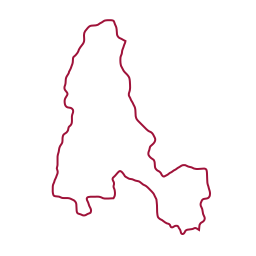 outline of Cevicos, Sánchez Ramírez, Dominican Republic, rotated 177°
{"feature_id": "3306468B8786854663218", "entity_name": "Cevicos", "entity_type": "district", "adm_level": 2, "iso_a3": "DOM", "parent_name": "Dominican Republic", "parent_adm1": "Sánchez Ramírez", "projection": "natural_earth1", "projection_center": [-70.001, 19.019], "detail": "fine", "context": "isolated", "style": "outline", "palette": "rose", "viewbox_px": 256, "rotation_deg": 177, "n_neighbors": 0, "source": "geoboundaries", "source_scale": "gbopen_adm2", "svg_char_len": 5750}
<svg xmlns="http://www.w3.org/2000/svg" viewBox="0 0 256 256"><g transform="rotate(177 128 128)"><path d="M82.6,25.8L81.8,24.5L81.3,23.6L81.0,22.7L80.6,20.8L80.3,20.0L80.0,19.7L79.6,19.4L79.2,19.3L78.8,19.3L78.4,19.4L77.7,19.8L76.9,20.8L76.1,22.2L75.8,22.5L75.0,23.0L74.1,23.3L69.4,23.7L68.4,23.9L66.9,24.5L66.1,24.6L65.7,24.5L64.9,24.2L62.4,22.5L61.8,26.6L61.5,27.7L61.2,28.1L60.7,28.9L60.0,29.5L58.0,30.6L57.3,31.2L56.7,31.9L56.5,32.3L56.2,33.2L56.1,33.7L56.2,34.8L57.4,37.9L57.6,39.0L58.0,42.3L58.2,43.4L59.4,46.5L59.5,47.6L59.5,48.1L59.3,49.1L58.9,50.0L58.1,51.6L57.6,52.3L57.2,52.6L56.8,52.9L55.9,53.2L52.9,53.5L51.9,53.8L51.1,54.3L50.5,55.0L50.0,55.8L49.7,56.9L49.5,58.6L49.6,59.8L49.8,61.0L50.4,63.4L50.8,65.5L51.3,67.3L51.5,68.4L51.6,69.6L51.6,72.6L51.5,79.1L51.6,80.8L51.8,81.8L52.0,82.3L52.3,82.7L52.6,83.0L53.0,83.2L54.0,83.5L54.9,83.5L60.2,83.4L61.8,83.5L62.8,83.7L64.3,84.1L65.9,85.0L66.7,85.4L69.1,86.1L70.0,86.4L72.4,87.7L72.9,87.9L73.8,88.0L75.3,88.0L76.2,87.7L76.7,87.5L78.6,86.4L80.4,85.5L82.7,84.0L84.5,83.2L86.8,81.7L88.6,80.9L90.9,79.3L93.7,78.0L94.4,77.7L94.9,77.7L95.2,77.8L95.6,78.0L96.2,78.6L96.7,79.3L97.7,81.5L98.6,82.5L99.3,83.1L100.5,83.8L101.3,84.4L101.9,85.1L102.5,85.9L102.9,86.8L103.1,87.9L103.2,92.3L103.4,93.3L103.7,94.2L103.9,94.6L104.2,95.0L106.4,96.7L107.5,97.8L108.1,98.6L108.7,99.6L108.9,100.1L109.0,100.6L109.0,101.7L108.8,102.7L107.9,104.9L107.2,107.3L106.9,108.1L106.3,108.8L104.9,109.9L103.7,110.9L103.0,111.6L102.3,112.5L101.8,113.4L101.5,114.4L101.4,115.5L101.5,116.0L101.8,117.0L103.2,120.1L103.5,120.6L104.0,121.4L104.7,122.1L105.4,122.7L107.1,123.6L108.0,124.2L109.6,125.7L117.4,134.4L118.4,135.7L119.0,136.7L119.2,137.2L119.5,138.4L119.7,139.5L119.7,145.5L119.8,146.7L120.0,147.9L120.3,148.9L121.3,151.1L122.1,153.1L123.5,155.7L124.2,157.7L125.0,159.4L125.4,160.3L125.4,160.9L125.4,161.9L125.3,162.4L125.0,163.3L124.5,164.6L124.2,165.6L124.0,166.7L123.8,167.9L123.7,170.9L123.7,174.5L123.8,176.2L124.1,178.0L124.5,179.0L125.1,180.0L126.1,181.4L128.4,184.0L129.4,185.4L131.5,190.0L131.7,190.5L131.9,191.6L132.1,193.3L132.1,195.5L132.0,197.2L131.8,198.9L131.5,199.9L130.5,202.1L130.2,203.1L129.8,205.3L129.5,206.3L128.3,209.0L127.6,210.9L126.5,213.2L126.2,214.1L126.0,215.0L127.8,216.0L129.8,217.3L131.9,218.4L132.6,219.0L133.2,219.8L133.7,220.7L133.9,221.2L134.1,222.4L134.1,223.5L134.2,227.1L134.4,228.9L134.7,230.0L135.6,232.3L136.2,234.4L136.6,235.4L136.9,235.8L137.3,236.0L138.0,236.3L139.1,236.5L141.8,236.7L143.4,236.7L144.9,236.6L145.9,236.4L146.7,236.0L148.7,234.8L150.5,234.0L152.4,232.8L153.3,232.5L154.8,232.2L159.3,232.1L160.3,231.9L161.2,231.5L162.0,230.9L162.8,230.2L163.9,229.0L165.7,227.0L166.2,226.1L166.7,225.1L166.9,224.0L167.1,222.9L167.1,219.0L167.2,217.8L167.4,216.8L167.8,215.7L168.6,214.4L171.4,211.1L172.3,209.8L172.9,208.9L173.7,207.0L174.6,205.6L175.3,204.8L176.4,203.6L177.1,203.0L178.5,201.9L178.8,201.6L179.0,201.2L179.3,200.2L179.7,196.6L180.0,195.5L180.1,195.1L181.1,192.8L182.1,190.4L184.0,187.1L184.2,186.2L184.7,185.3L186.5,182.7L187.0,181.8L187.4,180.7L187.6,179.7L188.0,176.3L188.2,175.3L188.5,174.3L189.2,172.6L189.3,172.1L189.4,171.1L189.2,170.0L188.8,169.1L187.1,166.7L186.7,165.8L186.7,165.3L186.7,164.8L187.1,163.9L188.8,161.4L189.3,160.5L189.5,160.0L189.8,158.9L189.9,157.8L189.9,156.7L189.8,155.5L189.6,154.5L189.2,153.5L188.6,152.7L187.9,152.1L187.0,151.7L184.3,151.1L183.5,150.7L182.8,150.1L182.5,149.7L182.0,148.9L181.9,147.8L182.0,146.8L182.3,145.9L183.0,144.2L183.4,142.6L183.5,140.9L183.6,138.1L183.8,136.5L184.1,135.4L184.3,135.0L184.8,134.2L185.4,133.5L186.7,132.5L187.2,131.8L187.5,130.9L188.0,129.0L188.2,128.6L188.7,127.8L189.7,126.7L192.0,125.3L192.7,124.7L193.2,123.9L193.4,123.4L193.7,122.4L193.9,121.3L194.1,118.6L194.3,117.5L194.4,117.0L194.9,116.0L196.8,113.4L197.5,111.9L197.8,110.9L198.5,107.7L199.4,105.1L199.8,103.4L199.9,102.2L200.2,96.8L200.3,95.0L200.5,93.9L201.0,92.2L201.2,91.4L201.0,90.5L200.7,89.3L200.5,88.4L200.6,87.4L200.6,86.9L200.9,86.0L201.7,84.2L202.5,82.3L203.9,79.7L204.6,77.7L205.7,75.5L206.0,74.5L206.2,73.3L206.4,70.3L206.5,68.5L206.4,66.8L206.2,65.8L206.1,65.3L205.9,64.8L205.6,64.4L205.2,64.0L204.3,63.7L201.3,63.2L200.3,63.0L198.3,62.0L197.4,61.6L195.8,61.4L192.0,61.2L190.4,60.9L189.1,60.4L185.8,58.6L185.1,57.9L184.5,57.2L184.0,56.3L183.8,55.7L183.6,54.6L183.6,53.4L183.6,48.2L183.5,47.1L183.2,46.1L182.9,45.7L182.2,45.1L179.7,44.2L177.8,43.2L176.9,43.0L175.9,43.0L175.4,43.1L174.5,43.4L173.0,44.2L170.6,45.0L169.8,45.5L169.6,46.0L169.3,46.9L169.2,47.9L169.4,48.9L169.5,49.4L170.7,52.1L171.0,53.1L171.7,55.7L172.7,58.1L172.8,58.6L172.9,59.5L172.7,60.0L172.5,60.4L172.1,60.8L171.7,61.0L170.8,61.2L169.2,61.3L161.8,61.0L160.7,60.9L159.6,60.6L158.5,60.2L156.6,59.2L155.0,58.8L152.1,58.6L146.2,58.6L145.2,60.2L144.8,61.1L144.7,61.6L144.5,62.6L144.4,64.1L144.5,65.7L144.6,66.7L144.8,67.6L145.4,69.3L145.5,70.2L145.4,71.0L144.9,72.7L144.9,73.8L145.0,74.6L145.2,75.0L145.7,76.2L146.0,77.1L146.1,77.8L145.9,78.5L145.6,79.1L143.5,80.9L140.6,83.9L139.5,84.9L138.7,85.3L138.2,85.4L137.8,85.3L137.4,85.1L136.7,84.6L135.8,83.6L134.7,82.0L133.8,80.4L133.6,80.0L132.9,79.4L130.6,77.9L129.8,77.4L128.9,77.1L126.5,76.6L125.6,76.2L123.6,75.2L122.7,74.9L120.8,74.4L119.9,74.1L119.4,73.8L118.6,73.2L115.8,70.7L113.6,69.5L112.8,68.9L111.6,67.8L110.5,66.6L107.5,63.2L106.1,61.4L105.6,60.5L104.8,58.5L104.0,56.7L103.6,55.8L103.4,55.3L103.3,54.1L103.2,52.3L103.1,49.3L103.3,42.6L103.2,40.4L103.1,39.3L102.9,38.2L102.8,37.7L102.3,36.8L102.0,36.5L101.3,35.8L100.5,35.2L98.9,34.3L96.0,31.9L95.1,31.3L94.3,30.8L92.6,30.2L91.9,29.8L91.3,29.2L90.6,27.4L90.4,27.1L90.2,26.8L89.8,26.6L89.5,26.5L88.7,26.5L88.0,26.8L86.5,27.6L85.7,27.8L84.8,27.8L84.0,27.7L83.2,27.2L82.8,26.5L82.6,25.8Z" fill="none" stroke="#9f1239" stroke-width="2"/></g></svg>